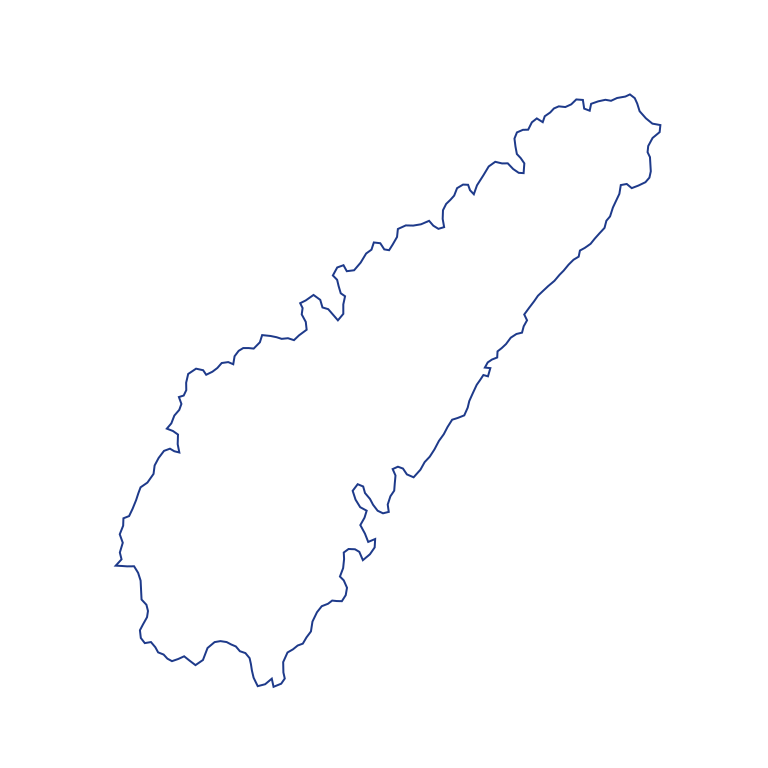 São Sebastião do Alto, Rio de Janeiro, Brazil, rotated 6°
{"feature_id": "56859067B52914728547014", "entity_name": "São Sebastião do Alto", "entity_type": "district", "adm_level": 2, "iso_a3": "BRA", "parent_name": "Brazil", "parent_adm1": "Rio de Janeiro", "projection": "equal_earth", "projection_center": [-42.093, -21.876], "detail": "fine", "context": "isolated", "style": "outline", "palette": "blue", "viewbox_px": 768, "rotation_deg": 6, "n_neighbors": 0, "source": "geoboundaries", "source_scale": "gbopen_adm2", "svg_char_len": 3874}
<svg xmlns="http://www.w3.org/2000/svg" viewBox="0 0 768 768"><g transform="rotate(6 384 384)"><path d="M136.2,592.7L142.1,592.4L147.8,592.2L154.5,591.4L159.2,597.5L162.5,605.0L165.4,623.7L170.8,628.4L173.0,634.4L172.7,640.7L169.4,648.4L167.0,654.4L168.7,662.0L173.2,666.7L179.2,665.0L184.1,669.7L187.4,674.5L193.1,676.1L197.3,679.8L202.1,681.8L208.1,679.0L213.7,675.7L219.5,679.4L225.9,683.3L232.8,677.4L236.1,665.0L242.5,658.4L248.2,656.8L254.5,657.1L259.2,659.0L264.1,660.5L268.6,664.8L274.3,666.1L279.0,670.7L280.9,676.4L282.6,682.8L285.0,689.7L290.0,697.7L297.2,695.0L303.2,688.8L305.8,696.7L313.1,692.8L316.1,687.3L314.1,681.4L312.8,671.1L316.1,661.1L321.2,657.4L325.5,653.1L330.4,650.7L333.4,644.1L337.2,637.7L337.7,627.7L341.2,618.0L345.3,611.5L351.3,608.4L355.1,604.8L359.7,604.8L364.8,604.4L368.0,598.0L368.5,590.5L364.5,583.5L360.3,580.1L362.6,571.4L362.6,562.2L361.6,555.8L366.0,551.8L372.4,551.4L377.0,553.5L381.4,561.4L387.8,554.8L391.8,547.5L391.4,539.1L384.8,542.7L380.7,534.8L375.2,526.8L378.6,519.0L380.0,511.8L373.2,509.0L367.8,502.0L364.0,493.5L368.3,486.4L374.0,488.1L376.5,494.4L382.1,499.8L385.7,505.2L390.9,510.7L396.5,512.7L402.1,510.7L400.3,503.5L402.1,495.0L405.3,489.0L405.1,481.5L405.0,473.8L401.5,467.7L406.5,464.8L411.7,466.1L416.2,471.5L423.2,473.7L429.2,465.4L432.6,457.4L437.1,451.5L441.0,443.8L444.6,434.8L448.7,427.7L451.7,420.1L455.5,412.4L460.8,410.1L467.1,406.8L469.7,398.8L470.6,392.0L473.3,383.8L476.3,375.1L479.1,370.1L481.9,364.7L486.6,365.5L488.1,357.1L482.6,357.1L484.9,351.7L488.8,348.4L493.8,345.8L493.5,339.7L497.3,336.0L501.2,331.5L505.2,324.7L510.5,320.4L515.9,318.5L516.9,312.0L519.6,305.7L516.2,300.2L520.4,293.0L524.6,286.1L527.9,280.1L532.5,274.7L537.1,269.4L542.7,263.6L547.2,257.0L550.8,252.5L555.1,246.0L559.5,240.6L564.3,237.0L564.9,230.8L569.4,227.7L574.8,223.0L578.4,217.4L582.5,211.7L587.0,205.7L588.1,198.4L591.3,193.7L593.2,184.6L595.7,177.4L598.2,170.3L598.7,161.4L604.5,159.7L609.9,163.3L616.2,160.1L622.9,156.0L626.4,151.0L627.1,144.6L625.8,136.7L624.8,130.6L621.9,125.9L621.9,119.7L625.4,111.2L631.8,104.7L631.8,97.6L623.7,97.0L616.7,92.4L609.7,86.0L606.5,78.6L603.5,73.5L598.3,70.3L594.0,72.9L585.9,75.2L580.2,78.6L574.5,78.2L567.5,80.5L560.7,83.7L560.0,90.7L554.3,89.2L552.1,80.7L545.5,80.9L541.0,86.3L535.4,89.6L528.8,89.6L524.2,92.2L520.9,96.6L515.9,100.9L514.5,107.0L508.2,103.9L503.7,108.3L500.8,116.0L495.6,116.7L489.9,119.9L488.1,126.3L489.9,134.0L492.1,141.4L496.3,145.0L500.5,149.9L500.8,159.7L495.9,159.9L490.0,156.7L484.0,151.6L478.4,152.3L471.4,151.4L465.4,156.7L461.0,166.1L455.7,176.7L453.5,185.9L449.3,182.3L446.8,177.1L441.8,177.4L436.2,181.6L434.1,189.3L430.7,194.0L427.0,198.4L424.5,205.0L425.1,213.7L427.4,221.7L421.9,224.0L416.5,221.4L411.8,217.0L404.1,221.3L396.5,223.4L389.1,224.0L381.6,228.4L381.6,236.4L378.1,244.3L375.1,250.4L370.2,250.1L365.6,244.4L359.1,244.3L357.5,251.7L352.6,256.1L348.1,265.7L342.4,274.0L335.2,275.7L331.3,270.1L325.3,273.0L321.8,281.4L326.5,285.3L328.6,291.3L331.5,298.3L336.1,300.8L335.2,309.1L336.2,318.5L331.5,325.5L326.5,320.8L320.7,315.4L314.8,314.3L311.8,307.0L304.6,302.8L297.4,309.1L292.2,312.4L295.1,317.0L294.9,323.4L299.7,330.4L301.4,338.1L294.4,344.5L289.9,349.8L283.7,348.5L277.5,349.8L272.3,348.7L266.1,348.1L257.7,348.1L256.2,355.5L250.7,362.4L245.5,362.4L240.2,363.0L236.0,366.2L232.5,372.0L232.0,380.1L226.8,378.5L220.4,380.1L216.6,385.5L212.1,389.7L206.2,393.4L202.7,389.2L195.5,388.4L188.2,394.5L187.1,403.4L188.0,410.8L186.0,416.4L181.4,418.4L184.6,425.0L183.1,431.1L178.8,437.3L176.6,445.4L172.7,451.1L179.0,452.8L184.4,455.8L185.1,465.4L187.6,473.5L182.5,472.8L177.9,470.7L172.2,473.5L167.6,481.1L164.4,489.0L164.2,497.5L159.0,506.8L152.7,512.2L151.1,518.4L149.6,525.4L147.0,534.4L144.3,542.0L138.9,544.8L139.4,552.2L136.9,561.1L140.8,569.2L138.9,579.2L141.3,585.8L136.2,592.7Z" fill="none" stroke="#1e3a8a" stroke-width="2"/></g></svg>